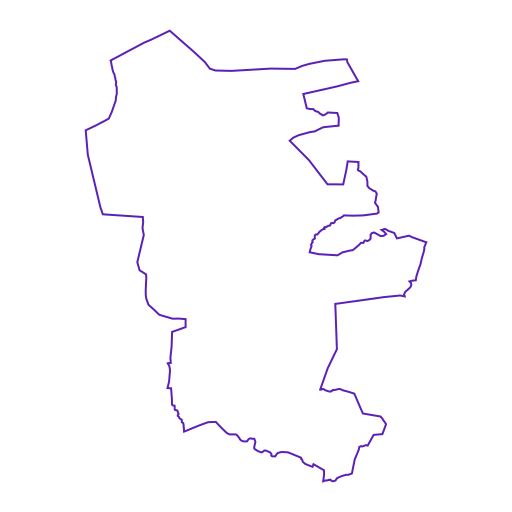 Maradun, Zamfara, Nigeria (Mercator projection)
{"feature_id": "59680162B87372052025364", "entity_name": "Maradun", "entity_type": "district", "adm_level": 2, "iso_a3": "NGA", "parent_name": "Nigeria", "parent_adm1": "Zamfara", "projection": "mercator", "projection_center": [6.33, 12.717], "detail": "fine", "context": "isolated", "style": "outline", "palette": "violet", "viewbox_px": 512, "rotation_deg": 0, "n_neighbors": 0, "source": "geoboundaries", "source_scale": "gbopen_adm2", "svg_char_len": 4755}
<svg xmlns="http://www.w3.org/2000/svg" viewBox="0 0 512 512"><path d="M146.0,283.4L145.7,290.9L145.8,295.6L146.2,298.4L148.5,304.8L153.6,309.3L159.2,314.7L159.6,314.9L172.6,318.7L178.7,318.6L185.6,319.1L185.6,327.1L172.1,331.9L171.9,337.7L171.6,346.7L170.4,357.7L170.8,362.9L168.0,363.2L167.7,363.3L169.3,365.9L169.8,368.6L170.0,370.8L169.1,381.5L167.5,388.1L171.1,388.3L171.9,399.1L172.0,404.5L172.7,405.4L174.6,405.7L174.7,408.5L174.7,409.3L175.0,409.8L175.4,410.1L176.3,410.2L177.3,410.5L177.7,411.2L177.8,412.2L178.3,413.2L178.6,413.9L178.2,414.5L177.8,415.1L177.7,415.8L178.9,416.9L179.2,417.6L179.6,418.3L180.4,419.0L181.7,419.6L181.9,422.3L183.2,423.0L183.5,424.4L183.7,425.4L183.5,426.8L183.9,427.6L183.9,428.9L184.1,431.6L199.8,425.2L208.1,422.2L215.8,421.9L219.1,425.4L219.2,425.5L221.5,427.9L226.9,433.1L229.6,434.4L233.0,434.4L235.9,434.4L237.4,435.5L239.4,438.2L240.1,439.5L241.5,440.7L243.5,441.4L246.9,441.4L248.7,439.1L249.4,438.6L250.7,438.4L252.0,438.7L254.3,438.8L255.4,441.8L254.6,445.4L254.1,447.8L254.6,449.0L258.1,451.2L261.4,452.4L263.3,451.5L264.4,450.5L265.7,450.5L268.2,451.6L270.2,452.4L271.4,454.1L271.3,455.6L272.1,456.3L273.5,456.3L275.3,456.3L277.0,453.6L278.3,452.8L281.6,452.0L287.9,452.3L300.9,457.6L301.1,458.8L301.4,458.9L301.8,459.2L302.1,459.5L302.2,460.0L302.5,460.7L302.6,461.1L302.7,461.7L305.2,463.9L308.3,465.2L312.5,466.8L313.5,464.2L324.0,470.3L324.1,474.5L323.2,481.3L325.8,480.4L327.1,480.5L328.7,479.9L329.5,480.0L330.0,479.6L330.5,479.7L331.3,480.6L332.5,481.3L334.1,481.0L335.5,480.5L337.0,478.2L340.1,476.7L343.2,475.6L345.7,474.9L348.7,474.7L351.9,473.5L354.7,459.5L358.7,449.9L359.4,446.8L361.3,446.1L362.2,446.5L364.3,445.8L365.9,445.1L367.7,445.6L373.6,434.9L382.4,434.1L385.6,425.5L386.0,424.1L384.2,421.3L383.0,419.9L382.6,418.9L380.5,416.5L362.9,413.5L360.3,407.6L354.3,393.6L347.5,391.5L342.9,390.3L340.0,389.0L338.1,389.1L336.2,389.7L334.2,390.0L332.9,390.0L332.4,390.7L331.3,391.0L330.7,391.6L328.7,391.4L325.2,390.2L323.8,389.2L322.4,389.0L321.1,389.7L320.2,389.6L327.7,368.3L336.9,349.2L335.3,303.9L384.0,297.1L400.1,295.5L404.7,296.4L404.1,294.3L405.2,291.9L408.2,289.3L410.3,287.3L411.3,285.1L411.0,283.0L409.5,281.4L412.1,280.7L415.8,280.3L416.2,277.5L416.6,275.6L418.4,270.0L420.4,264.5L422.0,257.6L423.3,253.4L423.6,252.3L424.4,248.7L424.2,248.0L424.4,246.8L425.3,244.9L425.7,243.8L425.8,243.0L426.3,242.3L412.1,237.2L409.0,235.7L396.9,238.4L394.3,233.0L388.3,230.8L385.1,228.9L381.6,229.9L384.2,231.8L386.2,234.1L383.6,235.8L380.7,236.1L374.2,232.5L371.9,233.1L370.6,234.6L370.6,238.6L369.4,240.0L368.4,240.6L367.3,241.0L366.3,240.8L365.2,240.4L364.4,240.8L363.4,242.9L361.0,242.8L359.7,244.2L358.4,245.5L356.9,246.7L355.6,247.9L352.8,250.1L349.2,250.7L342.4,252.4L337.5,255.3L319.0,254.2L309.7,252.3L310.6,248.6L311.4,246.8L311.5,245.6L311.0,245.0L311.2,244.5L312.0,242.9L312.7,242.2L312.3,241.1L312.6,240.1L313.6,239.3L314.9,238.5L314.8,238.0L314.7,236.6L315.0,235.1L315.7,234.5L317.3,234.5L318.3,233.4L319.3,232.0L321.2,230.4L322.6,229.4L324.2,229.0L324.5,228.9L324.0,228.0L324.2,227.4L325.1,227.1L326.2,227.2L326.8,226.6L328.1,225.9L330.0,225.5L330.5,224.4L331.1,223.2L332.4,223.0L333.7,223.1L334.6,222.2L335.1,220.9L335.7,220.1L336.8,219.7L337.5,219.0L338.5,218.5L340.2,218.1L342.1,216.8L343.2,216.2L343.9,215.4L353.0,215.7L363.3,215.4L376.8,213.6L378.6,212.5L378.0,207.0L375.0,202.8L375.6,200.6L376.3,196.2L376.8,193.7L375.4,191.4L373.1,190.6L371.6,189.6L369.4,188.3L367.4,185.9L367.4,181.6L366.3,176.7L362.9,173.8L360.3,171.3L358.2,170.4L357.8,169.5L358.4,168.1L358.5,162.0L347.7,161.4L346.4,169.6L343.2,184.4L327.5,184.3L311.0,162.8L309.2,160.4L289.7,140.7L293.4,137.6L298.7,135.2L309.6,132.2L314.7,131.4L322.8,127.4L325.3,127.0L336.1,125.9L338.6,125.7L338.8,117.7L337.3,113.0L327.8,112.5L326.6,113.6L325.2,114.5L323.5,115.3L322.2,115.2L321.8,114.5L321.0,114.2L320.1,113.8L319.6,113.2L318.5,112.2L317.3,111.6L316.3,111.4L314.8,110.7L313.5,109.2L309.7,109.0L306.8,108.3L303.3,94.0L336.7,86.5L350.5,82.8L358.2,81.2L347.3,62.1L346.9,59.4L344.0,59.3L324.7,60.8L309.2,63.9L301.9,66.0L298.7,67.4L295.1,68.9L270.6,68.6L231.4,70.9L215.4,70.5L209.9,68.7L204.9,62.1L193.6,51.6L169.7,30.7L151.1,39.7L144.0,42.7L110.6,60.5L111.1,61.9L111.3,63.4L111.6,65.3L112.3,67.8L112.3,68.7L112.6,69.9L113.1,71.6L113.7,73.1L114.5,74.6L114.8,76.4L115.3,77.9L115.4,79.8L116.0,81.1L116.2,82.7L115.9,83.7L115.9,84.4L116.0,85.6L116.5,86.4L116.7,87.2L116.7,88.5L116.8,89.0L116.7,91.8L116.8,92.4L116.8,93.7L116.2,96.3L115.9,97.2L116.0,97.9L115.7,100.7L111.7,112.1L108.8,118.6L103.3,121.6L95.0,125.9L85.7,130.3L87.8,154.7L100.4,207.3L102.8,214.3L142.8,217.0L143.2,222.2L142.5,228.1L143.8,235.0L137.3,262.2L139.6,270.3L146.1,274.4L146.3,278.2L146.0,283.4Z" fill="none" stroke="#5b21b6" stroke-width="2"/></svg>